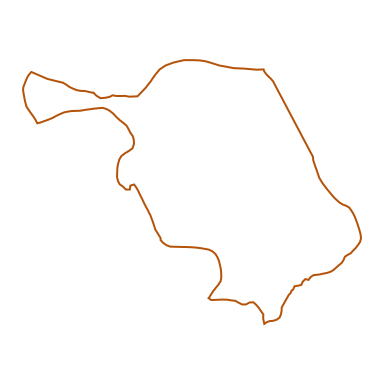 Al Jamimah, Hajjah, Yemen (Mercator projection)
{"feature_id": "15242507B46371651071090", "entity_name": "Al Jamimah", "entity_type": "district", "adm_level": 2, "iso_a3": "YEM", "parent_name": "Yemen", "parent_adm1": "Hajjah", "projection": "mercator", "projection_center": [43.537, 16.031], "detail": "fine", "context": "isolated", "style": "outline", "palette": "amber", "viewbox_px": 384, "rotation_deg": 0, "n_neighbors": 0, "source": "geoboundaries", "source_scale": "gbopen_adm2", "svg_char_len": 3185}
<svg xmlns="http://www.w3.org/2000/svg" viewBox="0 0 384 384"><path d="M263.6,69.4L256.8,69.7L256.7,69.7L244.1,68.6L235.1,68.2L234.0,68.2L225.0,66.5L219.8,65.6L207.9,61.9L204.9,61.2L199.8,60.4L192.4,60.1L189.4,60.1L184.1,60.1L173.7,62.5L165.5,65.5L164.6,66.1L160.9,68.6L159.7,69.4L155.6,74.3L152.5,78.6L151.9,79.5L151.1,80.9L145.4,88.1L137.5,96.3L129.4,96.7L125.1,95.9L120.5,96.0L116.4,96.0L112.5,95.3L109.8,96.8L105.8,97.7L100.5,98.2L96.3,95.6L93.4,92.6L92.7,92.8L88.8,91.9L84.9,91.0L80.8,90.9L77.0,90.2L73.2,88.7L69.7,87.1L66.4,84.7L62.7,82.6L57.4,81.4L56.3,81.1L47.4,78.9L31.4,72.0L31.1,72.3L30.5,72.9L28.0,76.0L26.2,79.8L23.4,87.0L23.0,89.9L24.5,98.7L24.9,100.7L26.3,106.1L26.8,107.1L29.0,110.4L30.5,112.6L31.3,113.7L33.6,116.8L35.7,120.2L37.3,123.3L40.2,122.6L44.6,121.0L48.3,119.7L52.7,117.9L56.6,115.7L60.2,114.0L64.1,112.4L67.8,111.6L71.7,111.0L76.0,110.9L80.4,110.7L85.6,109.8L88.5,109.4L89.6,109.3L90.8,109.1L93.6,108.7L98.4,108.2L102.7,107.9L106.5,109.0L110.0,111.0L113.3,113.7L116.3,116.9L119.9,120.3L123.2,122.8L126.5,125.6L128.6,129.2L130.4,132.8L132.7,136.0L133.8,139.9L134.0,143.8L132.5,148.3L128.7,151.1L125.2,153.1L121.5,155.9L119.4,159.3L118.3,163.0L118.1,163.7L117.4,167.6L117.2,172.3L117.0,176.8L117.9,180.9L119.7,184.3L123.0,186.6L125.9,189.5L129.8,189.5L130.4,185.6L134.1,184.5L136.5,187.8L138.4,191.3L140.0,194.8L140.4,195.6L142.0,198.6L144.1,203.2L146.2,207.2L148.2,210.8L149.0,212.9L150.0,214.3L151.4,218.0L152.8,221.7L154.1,225.6L155.2,229.3L160.6,238.1L160.6,240.1L163.3,243.0L166.5,245.2L167.2,245.5L170.1,246.6L175.0,246.8L176.4,246.8L179.4,246.9L183.7,247.0L188.1,247.1L192.1,247.3L196.2,247.6L200.4,248.1L205.0,248.9L207.2,249.3L208.8,249.6L212.4,251.3L215.4,253.9L217.5,257.4L219.0,260.9L219.9,264.8L220.8,268.9L221.2,273.0L221.3,277.5L220.6,281.3L219.5,282.9L218.4,284.7L215.9,287.7L213.5,290.8L211.2,294.2L209.1,297.6L208.6,298.1L211.2,300.0L215.1,299.9L219.2,299.7L223.3,299.6L227.3,299.7L228.1,299.8L231.4,300.4L235.2,300.8L238.6,302.7L242.0,304.4L245.9,304.5L249.5,302.5L253.4,302.3L256.3,304.9L258.8,307.8L261.0,311.2L263.3,314.3L263.2,318.8L263.8,321.3L264.0,322.6L264.3,323.9L266.5,322.3L269.6,321.1L272.9,320.9L276.9,319.6L278.3,318.5L279.6,317.6L280.2,316.2L280.5,315.3L280.9,314.5L281.6,310.9L281.7,307.5L288.7,295.0L290.5,293.2L291.5,290.7L293.0,289.6L293.2,289.4L294.6,286.2L295.5,286.1L297.9,285.7L301.3,284.9L302.8,281.6L305.3,279.1L306.1,279.3L308.6,279.9L310.6,277.1L313.4,275.2L316.8,274.8L320.1,274.4L323.4,273.6L326.7,273.0L330.5,271.8L333.5,270.0L333.9,269.6L336.3,267.5L338.9,265.2L340.7,263.7L341.7,262.9L343.5,260.1L344.9,256.7L347.6,254.9L350.7,253.3L353.0,250.7L355.8,247.9L358.1,244.9L360.0,242.0L361.0,238.6L360.8,236.7L360.7,235.0L359.8,231.4L358.6,227.4L357.3,223.5L356.1,220.1L354.8,216.7L353.0,213.2L351.0,210.0L349.0,207.4L346.0,205.7L342.5,204.4L339.5,202.5L337.0,200.3L334.4,197.9L332.2,195.4L330.0,192.7L327.5,189.7L325.2,186.7L324.8,186.2L323.0,183.9L321.1,180.9L319.3,177.9L318.0,174.2L316.8,170.5L315.5,167.0L314.4,163.8L313.7,161.6L313.3,160.4L312.8,156.4L310.0,151.3L302.3,136.7L273.0,81.2L270.8,78.7L268.3,76.3L266.0,73.9L264.1,71.1L263.8,70.2L263.6,69.4Z" fill="none" stroke="#b45309" stroke-width="2"/></svg>